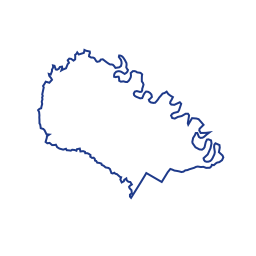 Santo Ângelo, Rio Grande do Sul, Brazil, rotated 212°
{"feature_id": "56859067B98456999895328", "entity_name": "Santo Ângelo", "entity_type": "district", "adm_level": 2, "iso_a3": "BRA", "parent_name": "Brazil", "parent_adm1": "Rio Grande do Sul", "projection": "orthographic", "projection_center": [-54.307, -28.25], "detail": "fine", "context": "isolated", "style": "outline", "palette": "blue", "viewbox_px": 256, "rotation_deg": 212, "n_neighbors": 0, "source": "geoboundaries", "source_scale": "gbopen_adm2", "svg_char_len": 4103}
<svg xmlns="http://www.w3.org/2000/svg" viewBox="0 0 256 256"><g transform="rotate(212 128 128)"><path d="M190.5,72.5L188.3,72.3L186.6,73.8L183.3,73.3L181.2,74.7L180.3,75.6L177.9,74.2L175.3,74.2L171.5,75.3L169.6,77.5L168.2,76.7L166.1,77.8L164.5,78.5L163.8,80.0L161.5,81.1L159.7,81.4L160.1,82.9L158.0,85.0L155.9,82.9L153.8,84.6L151.9,85.0L150.9,84.0L149.3,85.0L147.8,85.3L145.5,85.2L144.8,83.7L142.6,83.6L141.4,84.6L140.0,84.3L138.7,82.9L137.5,83.2L135.7,82.3L133.8,83.2L131.7,83.7L130.7,82.8L128.7,83.1L126.1,82.7L123.3,83.8L121.5,83.6L118.2,81.0L116.8,81.4L115.9,82.8L114.5,82.5L113.0,83.0L108.9,82.3L107.7,82.6L107.2,80.3L104.5,78.5L103.3,80.6L103.7,82.1L102.7,84.3L101.5,83.0L99.2,82.6L97.4,83.4L94.8,82.1L95.7,80.3L95.9,78.6L94.6,77.7L92.1,77.1L90.2,74.7L91.0,72.5L90.0,70.9L88.4,70.4L88.4,89.0L88.5,96.7L88.6,99.5L70.8,100.1L70.9,111.6L70.4,115.7L68.3,116.2L66.1,116.5L63.8,117.5L61.7,118.3L59.3,119.0L57.8,120.4L57.0,122.4L55.2,123.9L54.2,125.4L50.8,129.3L49.7,131.1L48.4,132.3L45.5,133.5L43.5,135.0L40.6,135.6L37.6,137.6L37.0,139.6L37.4,141.2L35.5,142.0L34.7,144.7L34.1,145.9L32.5,147.4L31.2,150.5L31.6,153.6L33.3,154.8L38.1,155.7L39.8,160.0L41.4,162.0L45.7,161.4L45.9,159.6L45.0,157.6L41.6,153.6L40.8,151.5L40.3,147.2L40.3,145.3L40.7,143.7L41.9,142.1L43.5,141.0L45.1,140.6L46.7,141.2L47.9,142.4L46.4,147.8L47.3,154.5L49.0,159.2L51.0,161.5L53.8,161.0L54.9,160.0L54.6,157.2L52.9,152.3L53.0,150.5L53.8,148.8L56.1,147.7L60.6,147.4L65.1,149.3L66.1,150.3L67.5,154.0L67.5,157.6L67.9,159.6L66.6,160.5L63.1,158.0L61.3,158.0L59.6,159.3L58.8,160.9L57.8,164.3L56.6,167.4L59.3,165.2L63.7,162.3L66.3,163.7L66.9,165.3L65.6,170.7L69.1,171.8L72.8,172.9L75.0,172.3L78.9,170.3L78.7,162.8L79.8,163.7L82.9,171.1L84.7,171.9L86.7,170.6L88.8,166.6L91.6,163.8L93.3,160.8L95.8,159.9L98.1,161.4L98.0,163.4L97.0,165.2L94.2,168.1L94.1,169.9L95.7,176.7L97.7,177.3L101.0,172.2L103.7,170.8L105.4,171.3L106.0,172.7L106.0,175.1L106.3,178.0L108.5,177.9L110.4,178.0L112.0,178.2L114.5,179.3L115.5,177.1L116.9,175.5L117.3,172.4L117.7,170.3L117.7,168.2L118.0,165.7L118.4,163.8L119.8,162.7L122.1,161.8L123.9,161.9L125.3,163.0L124.7,164.8L124.2,167.0L125.9,168.8L128.0,169.4L130.0,169.4L132.0,168.5L132.4,166.7L132.4,164.8L132.0,162.4L131.8,160.9L133.4,159.6L135.7,159.2L137.3,158.9L138.9,158.8L140.4,159.2L141.4,160.4L141.5,162.5L140.1,164.0L138.4,164.5L137.0,164.9L135.8,165.9L135.9,167.4L136.7,168.7L137.2,170.8L137.8,173.0L139.3,174.2L140.9,174.8L141.9,176.3L143.0,178.1L143.9,179.7L144.4,181.0L146.6,181.4L148.2,180.7L149.7,180.0L151.0,180.1L152.4,179.8L154.0,178.8L154.8,176.0L153.3,174.1L152.6,172.6L152.4,171.0L152.4,168.6L153.0,166.6L154.6,165.7L156.5,165.2L158.6,163.5L160.5,163.4L161.7,165.2L163.1,166.5L164.3,165.8L165.4,164.6L166.9,164.1L167.8,165.5L168.3,167.2L167.8,169.5L166.4,171.0L165.1,171.7L163.5,172.1L159.5,172.1L158.6,174.0L158.4,175.6L158.8,177.2L160.3,177.7L161.7,178.6L162.6,180.7L163.7,182.2L166.7,184.0L169.6,185.3L171.4,185.6L172.7,185.4L173.9,184.8L173.4,183.4L171.5,182.6L170.2,182.1L168.7,180.8L167.6,179.3L166.8,176.9L167.6,174.8L170.5,172.3L172.6,173.2L174.3,173.6L175.6,173.2L176.8,172.4L178.5,172.3L180.8,172.4L185.8,172.9L187.4,171.5L187.4,169.6L189.2,167.8L190.5,167.9L192.2,168.8L193.5,169.4L195.0,169.2L196.7,168.2L199.0,168.1L199.8,169.7L200.0,171.4L201.0,172.6L203.1,171.8L204.5,171.3L206.3,171.1L205.7,169.7L205.3,168.2L208.7,164.3L211.1,165.2L211.0,163.7L211.6,162.0L210.5,160.5L209.2,158.2L209.9,156.3L212.8,156.5L214.6,155.7L215.0,153.5L212.6,152.0L213.0,150.2L212.2,145.8L214.3,142.9L215.0,141.6L215.6,144.1L216.5,145.1L218.1,143.6L218.1,141.5L219.1,139.8L220.3,139.4L223.3,141.8L224.8,141.3L223.6,139.9L223.4,137.1L222.6,136.0L221.9,132.4L223.8,131.9L222.4,130.5L219.5,129.5L218.0,128.6L218.7,124.7L222.3,123.7L222.2,120.6L222.3,118.6L221.0,117.8L218.5,111.0L217.3,110.0L217.0,108.4L215.8,107.1L215.1,104.6L213.5,102.9L212.8,100.5L212.1,98.7L213.2,97.4L213.7,95.5L211.9,94.5L209.9,91.9L208.9,90.1L207.5,88.1L205.5,85.0L204.3,84.4L203.4,83.4L201.9,81.6L199.3,82.3L197.6,81.9L193.8,79.5L191.3,80.7L192.4,78.1L191.7,76.7L190.5,72.5Z" fill="none" stroke="#1e3a8a" stroke-width="2"/></g></svg>